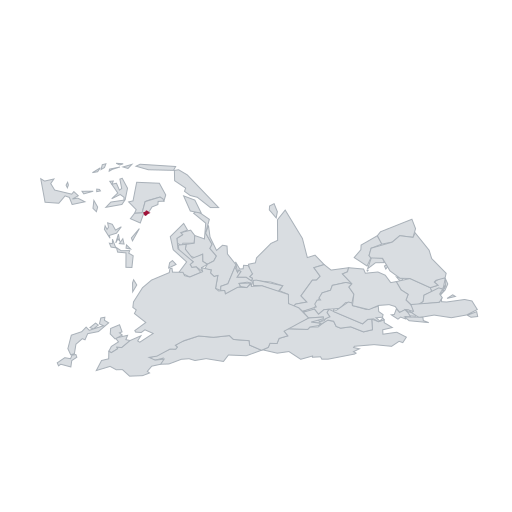 Asia, with Brunei highlighted, rotated 172°
{"feature_id": "BRN", "entity_name": "Brunei", "entity_type": "country or territory", "adm_level": 0, "iso_a3": "BRN", "parent_name": "Asia", "parent_adm1": "", "projection": "albers", "projection_center": [114.782, 4.523], "detail": "coarse", "context": "in_parent", "style": "filled", "palette": "rose", "viewbox_px": 512, "rotation_deg": 172, "n_neighbors": 45, "source": "natural_earth", "source_scale": "50m", "svg_char_len": 13487}
<svg xmlns="http://www.w3.org/2000/svg" viewBox="0 0 512 512"><g transform="rotate(172 256 256)"><path d="M262.3,162.1L256.6,163.8L254.3,167.6L247.4,166.4L244.6,171.2L235.7,172.5L238.7,177.6L236.4,179.9L215.1,176.1L212.4,178.2L204.3,177.1L194.9,182.6L188.2,180.6L186.4,175.1L182.3,172.8L172.1,172.7L160.1,165.9L150.9,166.8L150.2,177.4L143.8,173.9L138.0,175.0L138.3,172.1L131.0,166.2L140.8,165.3L141.2,160.9L127.2,160.9L118.4,154.7L122.7,149.8L126.2,151.6L134.3,147.7L151.4,151.8L171.1,152.9L172.1,151.8L166.5,149.7L172.8,147.7L170.4,145.9L172.0,145.2L198.9,143.8L205.2,144.7L206.1,147.2L214.2,147.9L213.9,149.1L226.1,147.5L236.7,156.8L248.5,156.8L262.3,162.1Z" fill="#d9dde1" stroke="#a8b0b8" stroke-width="1"/><path d="M150.2,177.4L150.9,166.8L160.1,165.9L172.1,172.7L182.3,172.8L186.4,175.1L188.2,180.6L193.6,182.5L203.5,178.4L201.4,180.4L210.6,182.9L206.0,184.8L201.8,184.3L202.2,182.1L197.4,182.5L194.4,185.9L191.4,185.6L193.6,190.1L191.4,193.1L159.9,174.0L154.2,177.7L150.2,177.4Z" fill="#d9dde1" stroke="#a8b0b8" stroke-width="1"/><path d="M457.4,338.6L458.4,362.5L454.9,359.6L445.4,360.4L449.2,356.3L446.2,349.3L429.9,342.9L427.4,345.1L423.6,340.4L429.9,338.0L424.4,338.1L417.9,333.5L430.9,332.6L432.7,340.0L436.7,342.1L443.9,335.7L457.4,338.6ZM397.4,363.2L395.5,367.8L391.8,368.2L393.7,364.7L397.4,363.2ZM432.3,355.2L431.9,352.4L433.3,349.8L434.2,352.6L432.3,355.2ZM370.3,315.2L368.2,318.6L374.6,327.3L370.1,327.7L363.9,345.6L341.6,341.5L336.9,329.0L339.6,323.1L342.8,327.7L355.1,326.1L358.2,325.3L362.8,314.6L370.3,315.2ZM408.2,342.8L417.9,341.5L419.3,344.3L408.2,342.8ZM404.4,344.4L401.7,343.7L401.0,342.1L404.8,341.9L404.4,344.4ZM407.9,322.1L410.8,325.9L408.8,333.6L406.0,326.5L407.9,322.1ZM381.6,325.7L397.9,325.1L392.2,329.6L379.0,329.7L378.5,332.5L381.9,335.8L390.9,332.8L384.1,337.6L390.4,350.3L386.9,350.1L388.7,347.1L384.1,347.5L382.1,340.3L379.6,341.5L380.1,351.1L377.7,351.6L373.8,341.0L377.7,330.0L381.6,325.7ZM381.6,367.3L374.7,365.8L378.2,365.1L381.6,367.3ZM378.3,363.1L386.2,361.8L389.6,360.4L389.0,362.4L378.3,363.1ZM370.6,360.5L375.3,362.7L366.2,364.0L370.6,360.5ZM325.8,352.3L350.6,356.4L362.3,361.6L358.0,363.0L323.1,355.8L325.8,352.3ZM316.2,333.0L326.1,341.9L324.9,352.1L320.7,352.2L312.8,345.9L286.3,309.2L294.4,310.3L305.9,322.3L312.8,325.1L317.8,330.0L316.2,333.0Z" fill="#d9dde1" stroke="#a8b0b8" stroke-width="1"/><path d="M397.9,365.0L401.1,361.5L406.4,361.3L397.9,365.0Z" fill="#d9dde1" stroke="#a8b0b8" stroke-width="1"/><path d="M76.3,195.5L72.7,199.8L71.7,207.6L70.0,201.6L73.6,195.9L76.3,195.5Z" fill="#d9dde1" stroke="#a8b0b8" stroke-width="1"/><path d="M79.4,192.8L73.7,195.8L79.0,191.5L79.4,192.8Z" fill="#d9dde1" stroke="#a8b0b8" stroke-width="1"/><path d="M75.0,198.3L72.4,201.4L73.7,197.7L75.0,198.3Z" fill="#d9dde1" stroke="#a8b0b8" stroke-width="1"/><path d="M75.0,198.3L86.9,196.3L87.9,200.4L79.9,201.7L83.1,205.4L75.7,209.1L71.7,207.6L75.0,198.3Z" fill="#d9dde1" stroke="#a8b0b8" stroke-width="1"/><path d="M129.8,231.6L138.6,232.7L147.2,227.9L141.7,238.8L131.0,236.1L129.8,231.6Z" fill="#d9dde1" stroke="#a8b0b8" stroke-width="1"/><path d="M127.2,229.5L127.2,227.0L129.3,225.0L130.2,228.2L127.2,229.5Z" fill="#d9dde1" stroke="#a8b0b8" stroke-width="1"/><path d="M116.2,210.3L119.8,215.7L113.3,213.2L116.2,210.3Z" fill="#d9dde1" stroke="#a8b0b8" stroke-width="1"/><path d="M87.9,200.4L86.9,196.3L95.1,193.8L96.8,187.7L102.4,185.1L109.4,186.4L113.6,191.5L110.7,196.8L117.1,202.3L120.7,211.1L106.7,212.3L87.9,200.4Z" fill="#d9dde1" stroke="#a8b0b8" stroke-width="1"/><path d="M142.5,238.1L147.4,230.6L159.0,240.8L151.3,247.6L150.4,252.2L133.0,259.2L129.7,250.3L140.9,247.7L144.0,240.7L142.5,238.1ZM148.1,225.9L146.6,226.6L147.7,225.5L148.1,225.9Z" fill="#d9dde1" stroke="#a8b0b8" stroke-width="1"/><path d="M313.8,284.8L315.4,277.3L326.6,278.8L328.3,276.2L332.4,280.1L331.9,284.5L325.7,287.3L327.3,289.6L317.1,290.7L313.8,284.8Z" fill="#d9dde1" stroke="#a8b0b8" stroke-width="1"/><path d="M323.6,277.3L315.4,277.3L313.8,284.8L304.7,280.1L301.2,295.5L311.8,307.0L308.1,308.9L297.1,298.8L302.7,285.7L297.9,273.7L300.6,269.9L295.2,261.5L298.5,257.0L305.3,254.6L309.5,258.1L308.6,265.2L316.4,262.4L321.9,265.7L325.0,272.5L323.6,277.3Z" fill="#d9dde1" stroke="#a8b0b8" stroke-width="1"/><path d="M331.6,277.6L323.6,277.3L325.0,272.5L319.2,262.7L308.6,265.2L309.5,258.1L305.3,254.6L311.5,252.0L311.0,247.9L316.6,253.5L321.1,253.6L322.4,256.8L319.0,259.0L331.4,271.4L331.6,277.6Z" fill="#d9dde1" stroke="#a8b0b8" stroke-width="1"/><path d="M305.3,254.6L298.5,257.0L295.2,261.5L300.6,269.9L297.9,273.7L302.7,285.7L298.8,292.9L298.9,281.1L294.3,267.0L287.6,271.3L283.3,269.9L284.0,262.0L277.0,250.1L287.7,232.4L295.0,230.9L295.8,226.9L300.6,229.5L296.5,242.0L300.3,241.5L303.4,245.5L302.3,248.4L309.2,249.5L305.3,254.6Z" fill="#d9dde1" stroke="#a8b0b8" stroke-width="1"/><path d="M320.2,291.2L327.3,289.6L325.7,287.3L331.9,284.5L332.3,274.0L319.0,259.0L322.4,256.8L321.1,253.6L316.6,253.5L312.9,247.4L324.5,244.4L334.3,250.9L325.5,259.8L337.1,273.7L338.2,287.1L323.1,298.3L320.2,291.2Z" fill="#d9dde1" stroke="#a8b0b8" stroke-width="1"/><path d="M415.0,182.1L411.8,186.6L404.1,190.1L406.6,194.3L394.2,195.3L396.5,191.3L392.5,189.8L395.4,187.8L401.7,184.0L406.4,185.0L405.9,183.4L412.7,180.4L415.0,182.1Z" fill="#d9dde1" stroke="#a8b0b8" stroke-width="1"/><path d="M399.4,196.3L407.1,193.5L411.2,199.1L410.0,204.5L400.7,206.9L399.2,199.5L401.9,198.9L399.4,196.3Z" fill="#d9dde1" stroke="#a8b0b8" stroke-width="1"/><path d="M263.7,161.9L279.5,158.6L297.1,161.8L302.9,156.1L319.7,161.3L331.0,161.0L336.6,163.6L344.3,164.1L357.3,161.2L365.5,162.1L362.2,167.8L370.4,166.9L376.4,169.6L354.1,175.8L348.5,174.9L346.6,176.7L348.3,178.8L343.3,181.2L323.9,184.8L309.4,181.4L293.4,180.9L289.9,176.5L274.5,173.1L274.8,168.7L263.7,161.9Z" fill="#d9dde1" stroke="#a8b0b8" stroke-width="1"/><path d="M295.8,226.9L295.0,230.9L287.7,232.4L278.4,248.1L276.6,242.4L275.0,244.6L273.0,242.7L277.6,237.7L268.7,236.4L264.0,232.1L262.6,234.4L265.2,236.4L262.0,238.8L264.2,239.9L264.6,248.9L257.6,249.3L255.7,254.1L239.4,266.4L232.4,268.5L229.7,288.9L220.7,297.4L207.6,266.9L205.4,247.3L197.4,248.6L189.7,238.0L200.3,236.4L195.3,227.0L199.5,223.7L203.6,224.2L217.0,210.3L212.0,203.3L223.2,202.9L226.8,200.4L230.4,204.3L229.3,213.4L237.6,218.3L233.7,222.8L245.1,228.2L262.2,232.2L264.8,226.5L265.0,229.9L268.3,231.3L276.6,231.2L275.5,228.0L291.6,222.7L291.9,226.2L295.8,226.9Z" fill="#d9dde1" stroke="#a8b0b8" stroke-width="1"/><path d="M276.6,242.4L277.1,253.0L273.9,245.4L270.5,245.1L269.6,248.5L265.1,247.6L262.0,238.8L265.2,236.4L262.6,234.4L264.0,232.1L268.7,236.4L277.6,237.7L273.0,242.7L275.0,244.6L276.6,242.4Z" fill="#d9dde1" stroke="#a8b0b8" stroke-width="1"/><path d="M275.5,228.0L276.6,231.2L265.0,229.9L269.4,226.0L275.5,228.0Z" fill="#d9dde1" stroke="#a8b0b8" stroke-width="1"/><path d="M262.6,227.2L262.2,232.2L259.1,232.1L233.7,222.8L239.2,217.6L254.3,225.7L262.6,227.2Z" fill="#d9dde1" stroke="#a8b0b8" stroke-width="1"/><path d="M226.8,200.4L223.2,202.9L212.0,203.3L217.0,210.3L203.6,224.2L199.5,223.7L195.3,227.0L200.3,236.4L189.7,238.0L183.6,231.6L165.9,231.5L167.6,227.6L172.9,226.2L164.9,215.1L170.7,217.3L184.5,216.3L187.0,211.7L195.6,210.3L205.6,196.0L217.5,194.7L221.0,198.8L226.8,200.4Z" fill="#d9dde1" stroke="#a8b0b8" stroke-width="1"/><path d="M180.4,192.5L196.2,193.4L202.2,189.6L205.6,195.3L210.8,193.2L217.5,194.7L203.4,197.2L204.5,200.2L201.6,203.8L198.2,203.5L199.5,205.7L195.6,210.3L187.0,211.7L184.5,216.3L170.7,217.3L164.9,215.1L168.3,212.3L164.4,204.6L167.5,196.2L173.7,197.4L180.4,192.5Z" fill="#d9dde1" stroke="#a8b0b8" stroke-width="1"/><path d="M191.4,193.1L193.6,190.1L191.4,185.6L202.2,182.1L203.3,184.3L197.7,186.2L212.6,187.3L216.9,193.8L205.6,195.3L202.2,189.6L196.2,193.4L191.4,193.1Z" fill="#d9dde1" stroke="#a8b0b8" stroke-width="1"/><path d="M203.5,178.4L212.4,178.2L215.1,176.1L236.4,179.9L212.6,187.3L197.7,186.2L198.1,184.5L210.6,182.9L201.4,180.4L203.5,178.4Z" fill="#d9dde1" stroke="#a8b0b8" stroke-width="1"/><path d="M138.0,175.0L143.8,173.9L148.4,177.4L154.2,177.7L159.9,174.0L187.0,190.2L186.8,192.1L184.1,191.0L171.0,197.6L167.5,196.2L167.4,193.5L154.2,187.7L141.9,189.3L142.2,183.9L138.3,180.2L139.3,177.8L145.7,178.1L142.4,174.4L139.0,177.0L138.0,175.0Z" fill="#d9dde1" stroke="#a8b0b8" stroke-width="1"/><path d="M120.7,211.1L117.1,202.3L110.7,196.8L113.6,191.5L107.7,183.8L107.7,179.3L114.7,182.0L121.7,180.1L125.2,186.6L130.9,189.3L141.5,190.0L151.7,187.2L167.4,193.5L164.4,204.6L168.3,212.3L164.9,215.1L172.9,226.2L167.6,227.6L165.9,231.5L151.3,228.1L150.1,223.7L137.5,223.2L130.7,219.0L126.3,210.9L120.7,211.1Z" fill="#d9dde1" stroke="#a8b0b8" stroke-width="1"/><path d="M75.7,197.3L79.4,192.8L77.3,188.7L80.8,184.6L100.8,185.4L96.8,187.7L95.1,193.8L79.5,199.0L75.7,197.3Z" fill="#d9dde1" stroke="#a8b0b8" stroke-width="1"/><path d="M116.0,182.1L106.3,176.6L106.3,174.1L113.2,175.6L116.0,182.1Z" fill="#d9dde1" stroke="#a8b0b8" stroke-width="1"/><path d="M109.4,186.4L80.8,184.6L78.3,187.5L78.6,184.9L73.6,183.9L55.5,183.9L48.4,181.4L44.3,172.2L55.7,168.3L71.1,167.7L87.8,172.7L103.1,172.3L110.2,178.6L107.7,179.3L109.4,186.4ZM44.9,165.2L51.6,165.4L54.9,167.9L45.2,170.2L44.9,165.2Z" fill="#d9dde1" stroke="#a8b0b8" stroke-width="1"/><path d="M236.4,299.8L235.6,303.6L230.8,305.3L228.7,296.9L230.7,290.9L236.4,299.8Z" fill="#d9dde1" stroke="#a8b0b8" stroke-width="1"/><path d="M339.4,263.1L336.3,258.8L344.2,256.3L342.5,261.3L339.4,263.1ZM212.6,187.3L238.7,177.6L235.7,172.5L244.6,171.2L247.4,166.4L254.3,167.6L256.6,163.8L263.7,161.9L274.8,168.7L274.5,173.1L289.9,176.5L293.4,180.9L309.4,181.4L323.9,184.8L339.1,182.2L348.3,178.8L346.6,176.7L348.5,174.9L354.1,175.8L368.1,170.6L376.0,170.5L370.4,166.9L361.3,166.7L365.5,162.1L374.6,161.4L379.7,156.9L377.7,155.0L385.0,153.3L397.9,154.6L404.1,162.1L410.2,162.8L415.9,167.0L430.1,164.8L423.5,174.0L416.2,174.7L415.0,182.1L412.7,180.4L405.9,183.4L406.4,185.0L401.7,184.0L392.5,189.8L381.1,193.0L385.0,188.4L383.1,186.8L368.6,193.6L376.3,198.4L380.3,196.2L385.8,197.4L386.4,199.0L374.4,205.5L384.4,215.9L382.1,219.3L385.1,222.2L383.7,227.6L372.8,240.4L362.8,246.7L344.2,251.6L343.0,255.4L340.9,255.6L340.9,251.6L330.6,250.0L329.5,246.5L324.5,244.4L311.0,247.9L311.5,252.0L302.3,248.4L303.4,245.5L300.3,241.5L296.5,242.0L300.6,229.5L297.9,226.6L291.9,226.2L291.6,222.7L278.4,227.6L269.4,226.0L265.0,229.2L264.8,226.5L254.3,225.7L229.3,213.4L230.4,204.3L221.0,198.8L212.6,187.3Z" fill="#d9dde1" stroke="#a8b0b8" stroke-width="1"/><path d="M383.1,237.7L382.0,246.6L380.5,249.5L378.1,243.9L383.1,237.7Z" fill="#d9dde1" stroke="#a8b0b8" stroke-width="1"/><path d="M116.5,172.8L121.3,175.4L124.2,173.7L130.2,178.9L127.2,178.8L124.3,184.2L121.7,180.1L116.0,182.1L113.2,178.4L111.3,174.1L116.6,175.2L116.5,172.8ZM114.7,182.0L112.3,181.4L110.2,178.6L113.5,179.7L114.7,182.0Z" fill="#d9dde1" stroke="#a8b0b8" stroke-width="1"/><path d="M94.2,166.0L113.4,170.6L117.2,174.9L99.3,172.1L99.3,168.8L94.2,166.0Z" fill="#d9dde1" stroke="#a8b0b8" stroke-width="1"/><path d="M382.7,285.0L379.2,280.4L383.6,281.8L382.7,285.0ZM389.2,296.8L388.9,289.9L390.4,292.1L393.1,288.5L389.2,296.8ZM398.1,293.9L402.4,303.5L401.2,306.9L399.8,303.1L398.1,305.0L398.3,309.5L393.9,307.4L391.5,301.2L385.3,303.7L391.0,298.0L398.4,296.8L398.1,293.9ZM376.9,291.2L367.7,299.4L376.2,288.2L376.9,291.2ZM386.4,262.9L384.3,277.2L392.5,279.1L393.0,283.7L388.8,280.0L380.3,278.9L381.6,276.5L377.6,273.3L380.5,261.9L386.4,262.9ZM385.5,291.6L385.0,286.2L389.6,287.3L385.5,291.6ZM398.3,285.0L399.4,289.1L396.5,288.2L395.8,292.6L393.7,283.6L398.3,285.0Z" fill="#d9dde1" stroke="#a8b0b8" stroke-width="1"/><path d="M304.2,306.0L314.8,309.7L319.3,325.6L308.8,319.9L304.2,306.0ZM370.3,315.2L362.8,314.6L358.2,325.3L342.8,327.7L340.2,325.6L339.6,323.1L345.3,323.7L346.0,320.6L352.1,319.1L356.6,313.8L360.9,314.5L366.0,304.8L375.2,310.4L370.3,315.2Z" fill="#d9dde1" stroke="#a8b0b8" stroke-width="1"/><path d="M455.2,190.4L449.9,203.3L439.1,205.3L434.1,209.2L431.4,205.6L416.8,208.2L420.5,210.6L418.3,216.2L414.2,216.4L415.0,213.4L411.2,210.3L422.5,203.1L433.5,202.5L437.0,196.8L439.5,198.3L446.6,193.7L449.4,184.6L453.2,183.9L455.2,190.4ZM464.4,176.0L466.8,174.7L467.7,177.9L459.5,181.9L453.9,180.1L452.1,183.4L448.1,183.5L447.5,180.7L453.0,178.1L454.8,171.9L464.4,176.0ZM421.8,209.5L427.2,206.4L430.4,208.2L424.2,211.9L421.8,209.5Z" fill="#d9dde1" stroke="#a8b0b8" stroke-width="1"/><path d="M129.7,250.3L133.0,259.2L129.3,262.7L96.5,270.7L94.2,260.9L97.9,252.6L110.8,256.1L119.1,250.8L129.7,250.3Z" fill="#d9dde1" stroke="#a8b0b8" stroke-width="1"/><path d="M71.8,208.1L81.1,206.9L83.1,205.4L79.9,201.7L87.9,200.4L106.7,212.3L116.5,213.9L125.4,222.6L131.0,236.1L142.5,238.1L144.0,240.7L140.9,247.7L119.1,250.8L110.8,256.1L97.9,252.6L95.2,256.8L83.8,237.7L82.4,229.0L70.1,212.4L71.8,208.1Z" fill="#d9dde1" stroke="#a8b0b8" stroke-width="1"/><path d="M72.7,187.4L66.6,190.2L64.2,188.2L72.7,187.4Z" fill="#d9dde1" stroke="#a8b0b8" stroke-width="1"/><path d="M359.7,312.4L359.4,312.5L358.8,312.9L358.7,313.0L358.8,314.0L359.0,314.3L358.8,314.7L358.8,315.1L358.6,315.4L358.3,315.6L358.1,315.6L357.8,315.3L357.4,314.8L357.1,314.7L356.9,314.6L356.9,314.4L356.7,313.9L356.2,313.6L356.5,313.5L357.0,313.5L357.5,313.3L357.9,313.0L358.3,312.7L358.6,312.4L359.0,312.2L359.6,311.9L359.8,311.9L359.8,312.1L359.7,312.4ZM360.1,312.4L360.2,312.5L360.4,312.9L360.6,313.4L360.6,314.0L360.8,314.3L360.7,314.4L360.2,314.4L359.8,313.6L359.7,313.1L359.7,312.4L360.1,312.4Z" fill="#f43f5e" stroke="#9f1239" stroke-width="1.5"/></g></svg>